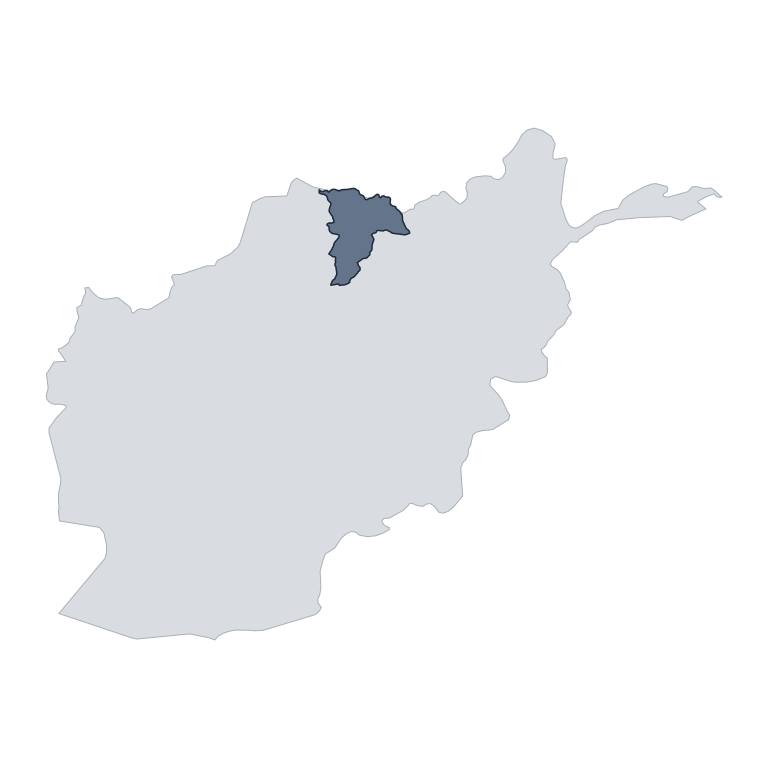 Balkh highlighted on a map of Afghanistan
{"feature_id": "AFG-1744", "entity_name": "Balkh", "entity_type": "Province", "adm_level": 1, "iso_a3": "AFG", "parent_name": "Afghanistan", "parent_adm1": "", "projection": "robinson", "projection_center": [66.961, 36.526], "detail": "fine", "context": "in_parent", "style": "filled", "palette": "slate", "viewbox_px": 768, "rotation_deg": 0, "n_neighbors": 0, "source": "natural_earth", "source_scale": "10m", "svg_char_len": 7939}
<svg xmlns="http://www.w3.org/2000/svg" viewBox="0 0 768 768"><path d="M329.5,190.7L346.1,189.3L357.4,191.3L363.3,196.9L369.1,198.4L374.7,195.6L378.3,195.1L379.6,196.9L382.5,197.6L386.8,197.4L389.2,198.9L389.9,202.3L393.1,206.6L398.9,211.8L404.0,213.0L410.7,209.0L413.0,209.4L414.1,208.1L414.8,205.2L418.8,202.4L426.2,199.8L430.4,197.5L431.9,195.6L434.4,195.1L437.2,195.6L439.1,194.9L440.6,192.3L443.2,191.4L445.5,191.9L455.8,201.3L459.8,204.1L461.6,203.6L466.7,198.5L467.4,193.8L465.9,187.7L466.8,182.7L470.1,179.0L476.3,176.7L485.4,175.8L491.0,176.3L493.0,178.3L495.8,179.3L499.3,179.5L502.5,177.4L505.4,172.7L505.5,167.0L502.8,160.2L503.5,158.1L508.0,154.7L512.8,149.6L517.4,143.0L521.8,135.0L527.3,130.0L533.9,128.1L542.0,130.3L551.5,136.5L555.2,144.2L553.0,153.4L552.9,158.4L554.9,159.4L565.6,157.6L567.0,158.9L567.0,161.5L565.5,165.3L563.8,176.2L560.8,203.0L565.7,218.9L568.9,225.2L572.1,227.3L575.3,228.0L578.5,227.4L585.0,223.3L594.7,215.8L604.2,211.1L618.1,208.5L622.5,200.4L628.9,195.1L643.4,187.2L651.3,184.1L655.9,183.6L667.1,186.6L667.8,189.0L667.1,191.6L663.9,193.8L663.0,195.4L664.2,196.7L668.7,197.1L688.0,191.6L692.2,186.8L696.4,186.6L704.6,188.6L710.8,187.9L714.2,190.1L721.9,197.1L719.6,197.5L716.1,196.1L714.1,193.8L706.4,196.8L697.8,201.3L698.1,202.4L705.9,208.9L690.0,216.0L682.8,220.0L681.1,220.1L670.1,216.5L639.7,217.6L616.7,219.8L607.8,223.4L599.4,225.1L595.1,227.0L592.3,230.8L579.7,239.1L577.4,242.2L570.3,241.9L563.0,250.0L552.4,259.7L550.3,264.1L551.9,266.5L557.7,270.0L560.4,273.3L564.6,282.6L566.3,289.2L568.9,292.1L570.3,299.9L567.8,304.4L567.9,306.6L571.5,312.6L570.6,314.4L568.0,317.2L563.9,324.7L556.4,330.3L553.3,335.3L548.0,340.9L545.8,345.5L543.5,348.0L541.2,349.4L541.8,351.9L543.9,355.0L547.4,358.5L547.4,372.6L545.6,376.6L536.0,380.4L526.8,382.1L515.6,382.2L511.3,381.6L495.6,376.5L490.7,379.0L489.7,385.2L498.7,395.2L502.5,400.8L506.6,410.2L509.7,415.1L508.7,419.6L492.6,429.6L482.3,430.6L475.9,432.3L472.8,434.8L470.6,445.4L468.3,449.3L468.4,453.9L466.2,459.1L463.0,462.5L460.7,467.9L462.7,496.0L453.4,507.2L448.2,511.3L443.3,513.1L439.1,512.4L433.9,506.0L430.3,503.6L426.6,504.1L422.9,506.3L417.1,505.6L412.0,503.3L409.5,503.6L408.0,505.8L402.7,510.7L389.5,518.0L384.1,518.5L381.8,520.4L382.7,523.4L385.1,525.8L389.2,527.5L389.4,529.5L382.7,533.3L375.8,535.7L367.9,536.7L359.7,535.3L355.5,532.0L350.6,531.7L346.0,534.1L341.4,538.0L334.9,547.9L325.4,554.0L323.0,560.1L320.1,571.2L320.9,587.4L319.8,594.6L317.7,599.3L318.1,603.1L321.3,607.3L320.0,610.0L317.3,613.1L314.7,614.8L262.8,630.4L254.3,630.8L249.9,630.2L235.2,630.1L229.1,631.3L223.0,633.4L218.4,636.0L214.9,639.9L208.8,637.7L189.4,633.9L137.0,639.0L132.1,638.0L58.9,613.5L104.9,558.5L106.3,553.9L106.6,544.9L103.9,532.9L99.5,527.4L59.6,521.0L58.4,511.6L59.0,507.5L58.4,499.4L58.6,493.2L60.6,483.0L60.8,478.4L49.0,432.6L49.0,428.1L56.6,417.6L66.3,407.4L65.8,405.5L61.1,404.3L53.9,404.2L50.1,402.7L47.2,399.8L46.1,395.7L48.2,388.3L46.5,374.0L54.1,362.0L65.8,361.3L60.0,352.5L58.8,351.6L58.3,350.1L59.0,348.6L61.9,348.0L69.1,342.4L69.4,339.3L75.3,331.0L74.9,327.3L78.9,317.6L77.0,311.1L76.8,307.5L81.0,305.3L83.8,296.2L85.4,293.9L85.6,291.7L84.8,288.0L88.7,287.4L92.2,292.1L97.8,297.1L101.4,298.5L106.1,299.2L116.4,297.6L118.5,297.9L129.1,306.5L130.9,308.8L131.7,312.2L133.5,313.2L137.2,309.8L140.8,308.7L147.8,309.7L151.4,308.5L168.9,297.7L170.3,290.9L172.0,286.9L174.4,284.7L171.6,276.7L172.7,275.2L175.0,274.5L180.7,274.5L207.1,265.8L214.0,265.8L215.6,265.1L216.0,262.7L218.0,260.2L230.5,253.8L237.7,247.3L240.3,242.4L252.3,202.7L258.7,199.3L265.1,196.8L286.8,196.0L290.9,183.8L292.8,180.9L296.7,178.1L312.6,186.8L329.5,190.7Z" fill="#d9dde1" stroke="#a8b0b8" stroke-width="1"/><path d="M390.5,199.5L390.1,203.1L390.2,204.0L390.8,204.7L391.8,205.5L393.0,206.1L395.1,206.5L395.8,207.2L396.2,208.2L397.0,209.4L397.5,209.8L398.6,210.4L399.0,210.7L400.6,212.7L400.9,213.1L401.1,213.6L401.3,214.1L401.8,214.4L402.0,214.4L402.4,216.8L402.5,220.0L402.6,220.5L405.2,226.4L406.4,228.6L406.7,228.9L407.5,229.4L408.4,230.3L409.1,231.1L409.4,231.8L409.7,233.1L406.0,234.6L404.6,234.8L395.3,233.6L393.1,233.3L392.0,233.0L391.4,232.6L391.1,232.3L389.6,231.5L387.0,230.2L386.3,230.0L385.6,230.1L384.8,230.2L383.5,230.8L382.8,230.9L377.5,230.4L376.9,230.7L376.2,232.2L375.7,232.7L373.6,233.3L372.6,233.8L372.2,234.1L371.8,234.5L371.6,234.7L371.5,234.9L371.5,235.0L371.7,235.3L372.5,236.4L373.7,238.9L373.8,239.3L373.8,239.9L372.7,242.9L372.0,245.6L372.0,248.2L371.7,250.2L371.4,250.6L371.1,251.0L370.4,251.6L370.0,252.0L369.8,252.4L369.7,252.7L369.8,252.8L369.8,253.1L369.9,253.5L369.9,253.9L369.8,254.6L369.6,255.0L369.3,255.4L368.3,256.3L367.5,257.2L367.1,257.6L366.7,257.9L366.0,258.1L363.5,258.5L362.7,258.7L358.3,262.0L357.3,262.9L357.3,263.0L357.4,263.3L357.5,263.5L357.9,263.9L358.0,264.0L358.2,264.4L358.2,265.0L358.4,265.5L358.7,265.9L360.0,267.6L360.1,268.0L360.1,268.5L360.0,269.6L359.8,270.3L359.5,270.7L359.2,271.0L358.5,271.4L358.1,271.7L357.9,272.1L357.8,272.6L357.6,273.0L357.3,273.3L356.7,273.7L356.1,274.5L354.3,276.6L353.3,277.3L351.6,278.1L351.1,278.5L350.8,278.9L350.0,280.3L349.8,280.8L349.7,281.3L349.6,281.8L349.7,282.4L347.4,283.8L346.6,284.1L345.9,284.3L345.5,284.5L345.2,284.7L344.8,284.8L339.6,285.3L339.3,285.2L339.1,285.0L338.9,284.8L338.7,284.3L338.6,284.1L338.5,283.9L338.4,283.9L331.7,285.1L330.9,285.1L330.8,284.8L331.9,281.9L332.4,281.0L332.6,280.6L333.1,280.1L333.5,279.7L334.4,279.3L334.5,279.2L334.8,278.9L335.1,277.8L336.4,275.3L336.8,274.3L336.8,273.5L336.7,272.6L335.9,267.0L335.7,266.4L335.0,265.4L335.0,264.6L335.0,263.9L335.1,263.7L335.1,263.4L335.5,262.9L335.6,262.7L335.6,262.4L335.5,261.9L335.5,261.6L335.4,259.4L335.5,259.1L335.7,258.7L335.7,258.4L335.7,258.1L335.5,257.3L335.4,257.1L335.2,256.9L334.7,256.8L333.6,256.9L332.8,256.7L332.5,256.5L330.6,255.0L329.2,254.3L329.0,254.1L328.9,253.9L329.0,253.6L329.1,253.4L329.7,252.6L331.3,250.3L331.5,249.8L332.0,249.1L332.2,248.8L332.4,248.1L333.5,245.8L333.7,245.3L333.9,244.1L334.0,243.8L334.1,243.5L334.9,242.1L335.5,241.4L335.7,241.1L336.8,240.1L337.1,239.7L337.7,238.7L337.8,238.5L338.3,238.1L338.4,237.9L339.0,236.8L339.1,236.5L339.2,236.2L339.2,235.8L339.1,235.4L338.9,235.2L338.7,235.0L338.5,234.8L337.1,234.4L332.1,233.4L331.0,232.5L329.8,231.4L329.4,230.6L329.2,229.8L329.0,226.8L328.4,226.2L328.0,225.9L327.2,225.3L326.9,224.9L327.0,224.5L327.3,223.9L327.8,223.6L329.4,222.9L329.6,222.8L329.8,222.8L330.0,222.9L331.0,223.3L331.3,223.3L331.5,223.2L331.9,223.1L332.6,222.6L332.9,222.6L333.6,222.5L333.8,222.4L334.0,222.1L334.0,221.6L333.6,219.9L333.4,219.3L332.9,218.6L332.7,218.0L332.7,217.6L332.8,217.4L332.8,217.2L332.7,216.6L332.4,216.2L331.3,214.9L330.0,212.8L329.3,211.7L329.1,210.7L329.3,209.4L329.7,207.8L330.7,205.0L330.8,204.7L330.9,204.2L331.0,203.8L330.6,202.9L328.4,200.6L327.8,199.7L327.7,199.6L327.5,198.7L327.5,198.3L327.5,198.0L327.4,197.8L327.3,197.5L327.1,197.2L326.9,196.7L326.6,196.1L326.3,195.7L325.8,195.4L324.2,194.5L323.8,194.3L323.1,194.3L320.2,193.5L319.7,193.3L319.6,193.2L319.3,192.9L319.2,192.7L319.1,192.4L319.1,192.1L319.2,190.3L319.3,189.9L319.6,190.1L320.3,190.8L321.3,191.5L322.5,191.6L325.7,190.6L326.8,190.5L327.3,190.7L328.0,191.7L328.6,192.0L329.1,191.9L329.5,191.6L330.2,190.8L331.0,190.1L331.8,189.7L332.7,189.4L333.9,189.3L335.0,189.4L338.1,190.7L338.6,190.8L339.9,190.8L340.4,190.6L341.3,189.9L341.8,189.7L347.9,189.4L352.2,188.5L354.4,188.5L355.3,188.9L357.1,190.2L358.1,190.5L358.7,191.0L359.5,193.4L359.9,194.3L360.8,194.9L362.9,195.6L363.8,196.5L364.3,197.4L364.7,198.5L365.2,199.3L366.2,199.7L367.3,199.5L369.0,198.4L370.2,198.2L371.4,198.1L372.4,197.8L373.3,197.3L374.2,196.7L375.8,195.2L376.6,194.5L377.6,194.3L378.7,194.8L379.5,197.1L380.3,197.8L380.8,197.6L381.2,197.1L381.5,196.5L381.8,196.2L382.2,196.2L383.1,195.9L383.7,195.9L384.2,196.0L385.2,196.8L385.7,197.0L386.3,197.1L388.0,197.0L388.9,197.2L389.8,197.7L390.3,198.5L390.5,199.5Z" fill="#64748b" stroke="#1e293b" stroke-width="1.5"/></svg>